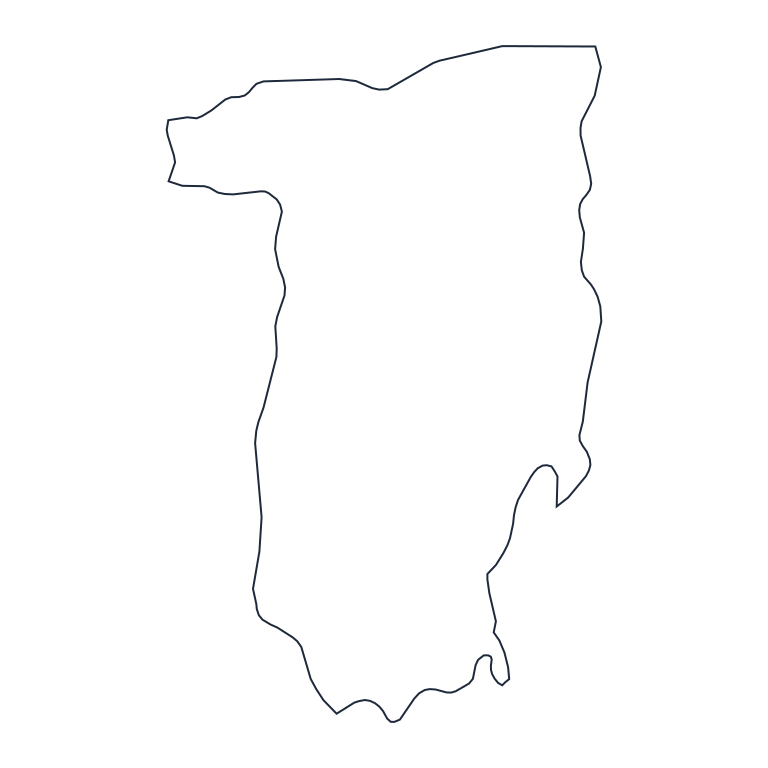 the County of Vâlcea
{"feature_id": "ROU-304", "entity_name": "Vâlcea", "entity_type": "County", "adm_level": 1, "iso_a3": "ROU", "parent_name": "Romania", "parent_adm1": "", "projection": "albers", "projection_center": [24.119, 45.04], "detail": "fine", "context": "isolated", "style": "outline", "palette": "slate", "viewbox_px": 768, "rotation_deg": 0, "n_neighbors": 0, "source": "natural_earth", "source_scale": "10m", "svg_char_len": 2076}
<svg xmlns="http://www.w3.org/2000/svg" viewBox="0 0 768 768"><path d="M168.6,181.3L175.1,162.4L173.9,155.4L167.8,135.8L166.7,129.8L168.3,120.2L187.3,117.3L196.7,118.3L202.1,116.1L211.4,110.4L225.3,99.5L231.3,97.2L239.0,97.0L244.7,95.5L248.9,92.2L252.7,87.6L256.5,83.8L263.5,81.4L339.0,79.0L356.1,81.1L372.2,88.1L379.1,89.6L387.7,89.2L433.2,63.0L439.5,60.7L502.3,46.1L595.3,46.5L600.9,67.1L594.7,95.7L581.6,121.3L580.5,128.2L580.6,135.6L590.1,176.1L591.2,183.7L589.9,189.8L586.4,194.9L582.7,199.2L580.1,204.2L579.2,210.1L579.8,217.2L584.1,232.8L582.9,248.7L580.9,261.9L581.8,270.3L584.1,276.7L591.0,284.6L594.0,289.2L597.6,296.7L600.3,306.4L601.3,321.5L587.6,382.5L582.8,421.7L579.4,435.2L579.8,440.6L582.8,446.1L586.8,451.7L589.8,459.2L590.4,465.0L588.9,470.5L586.0,476.1L568.1,497.6L556.7,506.5L557.5,476.5L555.0,471.8L551.5,466.4L546.7,465.2L542.6,465.6L537.8,468.2L534.1,472.2L530.7,477.1L518.0,500.0L515.6,507.4L514.0,515.1L513.1,523.8L510.0,538.2L507.4,545.3L503.2,553.4L496.0,564.9L487.4,574.0L487.4,579.5L489.4,593.4L495.9,621.3L493.7,632.4L499.3,640.4L504.4,652.4L508.1,667.2L509.2,679.1L505.4,682.1L502.2,685.3L498.1,682.9L494.6,678.6L492.2,674.2L491.0,670.0L490.9,665.7L491.7,659.3L490.8,656.7L488.1,655.3L483.7,655.4L478.1,659.8L475.6,665.2L472.9,678.8L469.1,683.5L455.6,691.3L451.1,692.6L446.4,692.4L435.6,689.5L429.8,689.1L424.8,690.0L419.1,693.3L414.4,698.4L399.9,719.6L394.3,721.9L390.7,721.8L387.2,718.6L383.0,711.0L379.2,706.5L375.0,703.2L370.1,700.9L365.0,700.0L359.0,701.1L354.2,702.7L336.6,713.7L323.4,700.1L316.0,688.7L310.7,678.9L301.3,647.0L297.2,641.2L292.7,637.4L277.4,627.6L270.5,624.5L262.4,619.6L258.8,615.1L256.8,609.1L256.3,604.0L253.0,588.8L259.4,551.6L261.6,517.3L255.1,443.0L256.3,430.7L258.4,422.0L263.5,407.7L276.4,357.0L276.7,348.4L275.3,326.4L277.1,317.1L284.5,295.5L285.1,287.5L283.3,278.7L278.6,266.7L275.1,249.2L276.1,236.7L281.9,211.6L280.1,204.6L276.7,199.4L268.6,193.1L265.0,191.5L260.9,191.3L233.1,194.4L224.9,194.0L217.9,192.6L209.3,187.6L204.3,186.2L182.3,185.8L168.6,181.3Z" fill="none" stroke="#1e293b" stroke-width="2"/></svg>